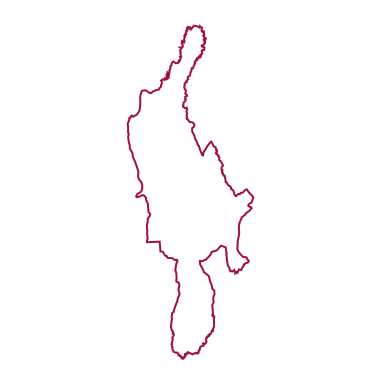 outline of Formosa, Goiás, Brazil, rotated 357°
{"feature_id": "56859067B22046801738806", "entity_name": "Formosa", "entity_type": "district", "adm_level": 2, "iso_a3": "BRA", "parent_name": "Brazil", "parent_adm1": "Goiás", "projection": "equal_earth", "projection_center": [-47.205, -15.286], "detail": "fine", "context": "isolated", "style": "outline", "palette": "rose", "viewbox_px": 384, "rotation_deg": 357, "n_neighbors": 0, "source": "geoboundaries", "source_scale": "gbopen_adm2", "svg_char_len": 5981}
<svg xmlns="http://www.w3.org/2000/svg" viewBox="0 0 384 384"><g transform="rotate(357 192 192)"><path d="M246.8,192.2L245.2,192.9L242.8,195.2L240.6,195.5L239.6,196.7L238.9,196.3L237.2,197.0L235.9,198.4L235.3,198.3L234.1,196.2L233.7,193.6L232.5,191.8L231.2,191.1L231.3,190.1L230.5,188.3L228.5,187.2L226.8,183.7L226.2,183.7L225.7,177.9L225.0,177.7L225.1,177.1L223.9,176.3L224.0,175.3L223.7,174.3L223.0,174.2L222.8,172.8L223.6,171.9L222.7,171.1L222.9,168.9L224.4,167.1L222.4,162.9L220.8,161.4L221.1,158.8L220.5,158.4L220.4,157.1L219.9,157.2L219.7,156.3L218.5,155.6L217.9,154.5L218.7,154.3L218.6,152.5L219.2,152.6L219.0,151.1L218.2,150.9L217.8,148.4L216.2,147.7L213.8,142.7L213.2,142.9L209.8,147.0L205.4,153.4L204.9,156.0L204.3,155.9L202.3,150.5L201.2,146.2L200.0,145.1L200.2,144.4L199.0,140.9L197.9,139.4L197.4,136.0L195.3,131.6L195.5,128.3L197.4,126.8L197.9,125.3L197.6,124.0L196.3,122.6L193.2,121.9L191.7,119.3L191.0,119.2L190.4,118.1L191.0,117.5L190.6,114.7L191.3,113.4L190.6,111.3L191.4,109.7L191.4,108.7L191.1,107.5L189.3,107.9L187.5,106.3L187.5,105.3L188.0,105.0L187.8,104.5L188.4,102.1L190.4,100.6L190.5,99.0L189.8,98.7L190.3,97.8L190.2,96.6L192.0,95.8L192.1,95.0L190.4,93.2L191.3,90.5L190.1,88.8L190.2,88.1L189.8,87.4L189.7,86.5L190.4,85.0L190.2,83.6L191.6,82.1L192.3,82.1L192.1,81.3L192.7,81.1L193.3,79.6L194.1,79.2L193.9,78.4L194.2,77.6L193.8,77.0L196.0,75.5L196.6,74.0L196.6,72.5L197.5,71.7L198.1,68.5L199.3,68.7L200.6,65.7L201.2,65.1L201.3,63.6L201.8,63.6L201.6,61.9L202.7,61.2L202.9,60.5L203.4,60.9L204.1,60.4L204.0,59.0L204.4,58.3L205.5,58.8L205.7,57.5L206.4,56.8L207.1,56.4L207.4,57.1L206.9,57.6L207.5,57.8L208.3,55.9L207.9,55.3L209.6,54.2L209.0,51.7L210.3,50.6L211.2,51.0L211.7,50.3L212.0,48.5L210.7,46.8L209.8,47.5L209.3,46.8L209.5,46.1L210.8,45.8L211.9,45.0L212.2,43.6L212.8,43.7L212.9,42.3L212.2,42.0L211.7,40.3L212.7,40.0L213.2,40.9L214.0,39.4L212.4,38.4L211.4,36.7L212.0,35.2L212.4,35.8L212.3,32.6L211.6,32.9L211.3,32.1L210.7,32.5L210.2,32.2L210.0,30.6L210.6,28.5L209.8,28.3L208.5,26.7L207.9,28.0L205.9,26.8L202.6,26.0L199.9,29.2L199.5,28.6L199.2,29.2L198.3,28.3L197.8,28.8L197.7,28.1L198.3,27.4L196.6,26.9L195.5,28.0L195.6,29.8L194.5,30.7L195.2,31.5L193.5,33.9L194.2,34.4L193.1,35.3L193.1,36.0L192.6,35.9L192.9,37.2L192.1,38.9L192.4,41.2L192.1,42.0L191.1,40.9L190.2,41.5L189.8,41.1L189.6,42.7L190.2,42.5L190.5,46.0L189.9,47.0L187.9,47.1L188.9,47.8L188.4,48.1L188.0,49.6L187.5,49.8L188.0,52.1L187.5,52.5L188.2,56.3L187.2,56.4L187.8,57.8L186.9,59.7L186.0,59.9L186.3,60.7L185.9,61.4L185.4,61.0L184.6,62.5L182.4,62.5L180.2,60.7L179.5,61.2L178.3,62.6L178.1,64.6L177.0,65.2L176.7,68.2L175.8,69.2L175.9,70.9L175.2,73.6L174.6,73.1L174.4,71.9L173.8,71.2L173.6,72.0L174.1,72.4L172.9,73.5L174.8,76.0L174.4,77.0L173.9,77.2L172.8,76.2L172.8,78.0L172.1,78.3L170.9,77.1L170.3,78.5L169.6,78.0L168.0,78.3L167.8,79.1L167.1,79.2L167.5,80.2L167.5,82.3L166.6,83.9L166.7,85.1L165.1,86.5L164.4,88.0L161.4,88.3L159.7,89.3L158.2,89.5L156.4,91.1L155.4,91.1L153.5,90.0L152.2,88.6L150.0,88.0L147.2,88.4L145.3,93.7L145.0,101.4L143.7,108.3L140.9,111.9L137.2,113.7L135.8,112.5L135.2,112.9L134.3,114.7L133.2,114.9L133.1,116.9L131.4,120.3L131.3,121.3L131.8,122.9L131.4,123.8L131.6,126.1L131.2,127.7L131.8,131.2L131.1,133.9L131.6,139.5L132.2,141.5L132.2,145.3L134.6,150.0L134.7,153.5L136.8,159.0L139.5,168.4L139.0,173.8L139.5,176.3L142.1,179.7L142.7,182.5L142.5,185.7L141.7,188.1L140.1,189.8L137.5,191.1L136.0,193.3L136.5,194.3L139.9,193.7L142.5,192.5L143.8,192.9L145.7,195.2L145.8,197.6L147.3,201.4L147.5,209.4L149.1,212.2L148.5,213.8L146.4,216.2L146.2,219.7L145.3,222.2L145.0,226.7L145.4,227.6L145.0,231.1L145.3,236.1L144.5,237.9L144.4,239.8L157.1,239.9L157.4,249.7L159.7,250.2L162.0,254.3L163.3,254.5L164.2,256.5L168.9,257.1L171.0,258.8L172.3,259.2L172.9,258.8L173.6,259.2L173.8,260.1L173.8,260.9L172.8,262.0L171.2,268.9L172.1,272.2L172.1,277.6L171.6,280.0L171.9,280.9L173.5,281.4L174.4,283.0L174.4,285.3L173.3,288.7L174.3,293.0L172.0,298.3L171.4,301.2L170.8,301.7L167.4,310.1L167.5,310.7L165.9,311.9L165.7,312.6L165.1,316.2L165.4,317.4L163.8,325.2L164.7,329.4L165.7,330.3L165.4,332.4L166.1,332.3L166.4,334.2L164.7,336.4L165.1,338.2L164.0,341.6L164.1,342.8L163.6,343.1L163.9,345.2L164.3,345.6L164.1,347.1L165.2,350.5L167.4,351.7L168.5,351.5L170.0,352.7L169.9,354.1L170.4,353.9L172.4,356.5L172.6,355.8L173.8,358.0L174.7,358.0L175.2,357.5L174.8,357.3L175.0,356.6L175.5,356.7L175.9,355.9L176.6,355.7L176.5,353.8L177.2,354.0L177.1,353.4L178.4,353.2L178.5,352.4L179.2,352.0L179.5,352.5L179.8,351.8L184.1,354.2L186.7,353.0L187.3,353.3L188.2,352.9L188.6,353.4L189.5,352.6L189.8,353.1L190.2,352.7L190.4,351.0L191.2,350.5L191.1,349.6L191.7,349.3L192.0,347.4L194.6,345.8L195.4,346.1L195.5,344.4L195.1,343.9L195.6,343.5L196.5,344.6L197.7,343.9L198.7,342.0L198.2,341.2L198.5,340.2L198.1,339.7L199.2,337.6L199.7,337.9L199.9,337.1L201.2,336.8L201.0,335.6L201.9,335.1L202.3,335.5L203.6,334.1L204.5,331.6L205.6,332.0L205.9,329.3L206.5,328.8L207.0,327.3L207.3,320.1L207.8,318.1L207.4,317.2L207.2,318.0L205.8,316.4L206.3,315.9L206.1,315.3L206.6,314.1L206.3,307.1L206.5,305.6L207.8,303.4L207.6,300.2L207.9,297.8L209.1,295.4L209.1,291.7L207.0,289.3L207.1,287.4L205.3,281.5L204.4,276.8L199.4,272.3L199.3,270.8L196.3,264.5L196.3,261.2L198.6,261.6L202.8,259.9L207.0,255.9L208.5,252.9L213.7,251.6L218.1,247.1L222.6,249.0L222.9,249.7L222.8,251.7L223.5,255.6L222.9,256.1L223.4,259.7L223.2,260.5L223.9,267.3L225.5,269.8L225.5,271.3L226.3,273.2L227.1,272.8L228.2,273.5L228.8,272.9L229.8,273.0L230.1,272.4L230.8,274.0L230.8,275.3L231.8,274.3L232.6,275.4L233.5,274.6L233.5,273.6L234.0,273.4L235.0,271.7L237.1,272.5L238.5,269.8L240.3,267.6L240.0,267.1L241.9,265.9L244.0,265.5L245.2,263.8L244.2,262.8L242.9,260.1L239.3,259.3L235.3,254.3L234.3,251.6L235.1,243.5L237.0,235.8L236.9,230.7L237.5,226.2L240.4,219.9L243.9,217.4L244.9,215.8L248.0,214.1L250.7,211.4L250.6,210.6L247.5,209.1L247.7,207.9L248.9,206.5L250.9,205.7L252.9,200.9L252.1,199.1L249.3,196.1L246.8,192.2Z" fill="none" stroke="#9f1239" stroke-width="2"/></g></svg>